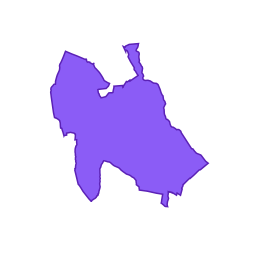 Vadu Moldovei, Suceava, Romania, rotated 203°
{"feature_id": "2599482B82273337818064", "entity_name": "Vadu Moldovei", "entity_type": "district", "adm_level": 2, "iso_a3": "ROU", "parent_name": "Romania", "parent_adm1": "Suceava", "projection": "albers", "projection_center": [26.396, 47.385], "detail": "fine", "context": "isolated", "style": "filled", "palette": "violet", "viewbox_px": 256, "rotation_deg": 203, "n_neighbors": 0, "source": "geoboundaries", "source_scale": "gbopen_adm2", "svg_char_len": 5659}
<svg xmlns="http://www.w3.org/2000/svg" viewBox="0 0 256 256"><g transform="rotate(203 128 128)"><path d="M151.3,209.8L159.6,205.4L160.1,204.8L161.8,202.9L162.2,202.5L162.3,201.5L162.3,201.2L162.6,201.1L163.5,201.2L164.2,201.2L160.0,197.4L160.2,198.0L160.1,198.9L159.4,198.9L158.8,198.7L157.7,197.7L156.2,196.1L156.0,195.5L155.8,193.6L151.5,190.0L145.7,185.9L145.6,185.0L145.4,184.5L144.7,183.8L144.0,183.5L143.2,183.2L142.2,182.3L141.5,181.9L140.7,181.2L139.6,180.7L139.2,180.3L144.5,172.0L145.0,172.8L146.6,170.2L147.7,170.2L147.8,169.2L148.2,166.9L148.6,164.7L148.5,164.3L148.4,163.9L148.5,163.6L148.6,163.4L148.9,163.8L149.6,164.7L149.6,165.0L157.3,161.0L156.9,160.3L156.4,157.6L155.8,154.8L156.0,154.5L156.5,154.2L157.6,153.7L159.2,153.0L159.3,152.9L159.5,152.4L160.1,150.1L160.7,148.2L163.4,146.1L164.3,145.5L164.7,145.3L165.0,145.6L165.4,145.9L165.7,146.1L166.1,146.3L167.1,146.9L167.8,148.0L168.0,148.1L168.5,148.3L168.9,148.7L169.3,149.2L170.2,150.6L170.7,151.6L170.0,152.2L163.6,155.8L162.6,158.4L162.4,158.9L162.4,161.5L162.4,161.8L164.5,161.8L165.1,161.9L167.3,162.2L168.2,162.3L168.4,162.4L168.8,162.6L169.5,163.3L171.4,164.8L172.8,165.8L173.2,166.1L175.2,167.4L176.4,168.1L178.5,169.1L179.0,169.3L180.2,169.9L180.5,170.0L181.4,170.3L181.8,170.5L182.3,170.8L184.2,172.6L184.5,173.0L184.6,173.7L184.7,174.1L184.8,174.1L185.3,173.0L185.8,173.1L187.1,173.1L188.3,173.2L188.9,173.4L188.9,173.6L190.0,173.5L190.8,172.9L191.1,172.8L191.5,173.0L192.4,173.7L192.8,174.5L193.1,174.8L193.6,175.1L194.2,174.4L195.2,174.4L195.8,174.4L203.3,174.4L208.7,174.2L215.5,174.2L215.3,167.7L215.3,164.3L215.4,161.5L215.6,160.4L215.5,159.2L215.4,158.7L215.2,158.2L214.6,157.3L214.2,156.2L213.8,154.8L213.7,154.0L213.8,149.3L213.6,147.0L213.0,142.8L211.9,140.0L212.8,139.6L213.2,139.3L213.4,138.8L213.7,137.5L214.2,136.3L214.4,135.3L214.5,135.0L214.2,133.5L213.5,132.8L213.3,131.6L213.2,130.8L212.3,129.3L210.4,126.0L206.9,120.2L205.4,117.7L202.5,112.9L199.7,108.9L199.0,109.0L198.7,109.0L198.4,108.9L197.7,109.1L197.1,108.9L196.6,108.9L195.3,108.6L194.0,108.2L193.6,107.9L193.4,107.6L193.1,107.1L192.4,106.3L190.9,103.2L190.0,101.6L189.8,101.6L189.3,101.8L189.0,101.9L188.8,101.8L188.0,100.7L186.1,98.6L183.9,95.8L183.9,96.0L181.7,97.5L182.5,99.3L179.1,101.6L177.6,101.8L176.0,102.2L175.3,102.1L174.8,101.8L174.2,101.9L174.0,101.7L173.9,101.5L173.8,101.1L173.4,100.3L172.3,97.0L172.2,96.4L170.7,97.2L170.1,95.7L169.8,95.1L169.6,94.5L169.3,94.2L169.0,93.5L168.8,93.2L168.5,92.6L168.6,92.3L168.8,91.3L168.9,90.8L168.8,90.4L168.6,89.6L168.7,88.9L168.4,88.3L168.4,87.9L167.3,85.1L166.8,84.5L166.6,84.1L166.2,83.2L165.9,82.9L165.9,82.5L165.6,82.1L165.3,81.6L164.7,81.0L164.7,80.9L164.8,80.1L164.2,78.9L164.1,78.4L163.4,77.7L163.2,77.4L163.0,76.6L162.8,76.3L162.5,76.1L162.3,75.9L162.0,75.4L161.8,74.9L161.7,73.7L161.6,73.3L161.2,72.0L160.7,70.8L160.7,70.5L160.6,70.1L161.0,69.9L160.7,69.4L160.4,68.3L159.5,67.1L151.8,56.7L151.4,56.5L151.0,56.5L150.3,56.0L149.4,55.5L144.5,52.0L136.5,47.6L135.7,47.2L135.1,47.0L133.6,46.2L133.3,46.2L133.0,46.3L133.0,46.8L133.0,47.3L132.4,48.0L132.2,48.5L131.4,49.6L130.9,50.2L130.7,50.6L130.6,51.0L130.2,51.6L130.2,52.5L130.2,52.9L130.2,53.0L129.8,53.4L129.8,53.5L129.9,53.8L129.5,54.1L129.5,54.5L129.4,54.6L129.5,54.8L129.4,55.0L129.5,55.1L129.8,55.3L129.9,55.5L129.7,55.8L129.6,56.1L129.5,56.5L130.0,58.3L130.4,61.6L130.6,62.6L130.7,63.0L131.0,63.5L131.2,63.8L132.0,65.0L132.3,65.8L132.5,66.0L132.7,67.6L132.8,67.9L133.6,69.2L133.7,69.5L133.8,70.3L133.8,70.6L134.3,71.3L134.7,71.8L134.9,72.0L135.0,72.7L135.1,73.3L135.3,73.8L135.8,74.7L136.3,75.6L137.2,77.7L138.0,79.4L138.0,79.8L137.8,80.8L138.0,82.6L138.2,83.7L138.2,84.2L138.0,84.7L137.8,85.7L137.7,86.8L137.7,87.8L137.5,88.4L136.0,88.7L133.3,89.0L131.9,89.4L131.3,89.4L130.1,89.1L127.9,88.3L126.3,87.9L125.3,87.8L121.6,87.8L121.0,87.8L119.3,87.2L118.1,86.6L115.5,85.9L112.3,85.2L111.5,85.0L109.1,85.2L108.0,85.2L107.1,85.1L105.0,84.5L103.9,84.5L102.9,84.3L100.0,82.8L99.9,82.4L99.2,81.1L98.5,80.1L98.3,79.3L98.1,79.0L97.8,78.9L97.4,78.9L96.2,78.5L95.7,78.4L95.4,78.3L94.8,78.0L94.4,77.3L94.2,76.8L93.8,76.3L93.3,75.3L85.5,77.4L76.3,79.1L70.2,80.6L69.7,78.6L68.8,74.8L68.4,73.5L68.1,71.8L67.5,71.8L66.5,71.4L65.3,71.1L64.3,70.7L63.9,70.5L63.5,70.4L62.3,70.5L61.6,70.9L60.8,71.1L61.3,71.7L62.1,72.9L62.5,74.3L62.6,74.8L62.8,75.2L62.9,75.7L62.9,76.4L63.0,77.5L63.1,78.6L63.2,79.2L63.5,79.5L64.4,80.6L64.7,81.0L65.3,83.3L66.1,85.2L64.5,85.2L64.5,85.7L62.1,85.5L62.2,85.9L57.1,85.1L57.4,87.3L54.4,86.8L53.4,86.6L54.3,93.1L54.8,93.3L55.0,93.5L55.0,94.6L54.8,95.1L54.8,95.4L54.8,95.6L55.0,97.0L55.2,97.4L55.1,97.7L54.9,97.7L54.8,98.1L52.4,104.0L51.4,106.1L51.2,106.3L51.0,106.1L49.1,110.0L48.1,112.3L47.5,113.7L47.4,114.1L46.1,117.1L46.0,117.3L45.1,117.8L40.4,126.9L43.7,127.8L50.1,131.5L50.9,131.6L55.3,131.5L55.7,131.8L57.6,132.6L60.1,134.1L61.4,133.8L76.6,144.1L77.0,144.3L77.4,144.8L77.7,145.2L78.4,145.8L80.5,146.4L81.6,146.1L82.6,145.4L83.9,145.9L86.6,146.4L87.8,146.1L88.9,146.2L90.6,147.8L92.4,150.2L95.0,151.3L96.0,151.0L96.9,151.6L98.0,153.2L99.5,154.5L100.4,155.8L101.3,157.7L102.1,159.3L103.1,160.4L103.0,164.2L102.8,164.9L103.6,165.8L104.5,166.9L106.2,167.8L107.2,169.3L108.3,171.2L109.7,171.9L111.5,173.6L113.5,176.0L117.3,179.7L119.1,180.2L122.2,179.3L125.9,180.0L128.3,179.7L130.9,178.4L132.1,178.4L133.3,178.9L134.0,180.0L134.1,180.5L133.9,181.9L134.5,182.5L135.2,183.3L136.5,184.0L136.9,184.6L137.9,188.6L138.8,189.8L140.0,190.4L141.3,191.6L143.6,193.0L143.8,194.5L145.4,196.9L146.1,198.4L146.5,200.2L147.0,201.3L147.9,202.0L150.3,202.1L150.9,202.6L151.0,204.1L150.6,205.8L150.8,207.7L151.2,208.8L151.3,209.8Z" fill="#8b5cf6" stroke="#5b21b6" stroke-width="1.5"/></g></svg>